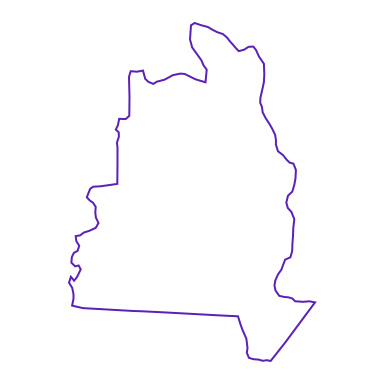 São Sebastião, Alagoas, Brazil (Natural Earth projection)
{"feature_id": "56859067B68585195821070", "entity_name": "São Sebastião", "entity_type": "district", "adm_level": 2, "iso_a3": "BRA", "parent_name": "Brazil", "parent_adm1": "Alagoas", "projection": "natural_earth1", "projection_center": [-36.551, -9.955], "detail": "fine", "context": "isolated", "style": "outline", "palette": "violet", "viewbox_px": 384, "rotation_deg": 0, "n_neighbors": 0, "source": "geoboundaries", "source_scale": "gbopen_adm2", "svg_char_len": 1860}
<svg xmlns="http://www.w3.org/2000/svg" viewBox="0 0 384 384"><path d="M143.0,70.6L136.9,71.7L130.7,71.2L129.0,76.9L129.5,97.1L129.3,115.9L125.6,119.1L119.2,118.8L117.9,125.2L115.8,129.6L118.7,132.3L118.9,136.6L116.9,142.9L117.5,147.1L117.5,164.2L117.3,183.9L100.6,186.3L93.2,186.7L90.2,188.8L88.4,193.2L86.8,197.3L89.8,200.5L93.0,202.7L95.7,206.8L95.3,212.6L95.9,217.6L98.5,223.0L95.7,227.9L89.1,230.9L83.9,232.5L80.0,235.4L75.7,236.1L76.3,241.0L79.2,245.8L77.6,250.9L73.9,252.8L71.8,257.2L71.4,262.7L75.1,266.3L78.6,265.5L80.7,269.3L78.7,273.6L76.7,277.5L74.1,280.7L70.9,276.8L69.0,282.7L72.2,287.8L73.5,294.1L73.5,298.8L72.1,305.6L82.7,308.1L131.7,310.9L142.4,311.3L162.7,312.3L217.7,315.3L238.0,316.3L240.1,323.2L242.3,329.4L246.4,338.8L247.5,348.1L246.8,352.7L248.9,357.8L253.3,359.2L258.6,359.6L262.7,360.8L267.0,360.2L270.6,361.0L285.3,342.4L315.0,302.4L309.5,301.3L303.2,301.8L295.2,301.3L292.4,298.5L288.4,297.3L284.3,297.0L279.2,295.8L275.5,290.5L274.5,285.5L275.3,280.5L278.0,274.4L281.4,269.6L283.0,265.2L285.1,259.7L290.4,257.3L292.2,251.0L292.4,244.2L293.0,236.3L293.3,227.9L294.3,219.2L291.4,211.9L287.8,208.0L286.3,202.5L288.0,195.7L292.3,191.6L294.3,184.9L295.5,178.3L295.9,169.9L293.4,163.6L289.8,162.7L286.9,160.0L282.9,155.0L278.0,151.3L275.9,144.6L275.9,139.8L275.1,134.7L272.1,128.6L269.7,124.3L265.7,118.2L262.7,112.4L261.9,106.7L260.2,102.9L260.4,97.8L262.6,88.2L263.9,82.2L264.3,74.5L264.1,69.2L263.9,63.8L259.0,56.6L256.0,50.0L253.4,46.6L248.6,46.8L243.9,49.8L238.7,51.1L235.8,48.0L232.8,44.5L229.7,41.1L227.2,37.7L222.8,34.0L217.3,32.2L212.4,29.7L207.9,27.0L200.8,25.1L194.6,23.0L191.0,25.3L190.0,39.5L192.2,47.5L201.4,60.3L203.6,65.5L206.7,69.6L205.5,82.3L195.5,79.3L184.7,74.0L180.4,73.6L172.7,75.2L168.6,77.5L164.5,79.7L156.8,81.7L153.3,83.9L148.3,81.8L145.2,78.8L143.0,70.6Z" fill="none" stroke="#5b21b6" stroke-width="2"/></svg>